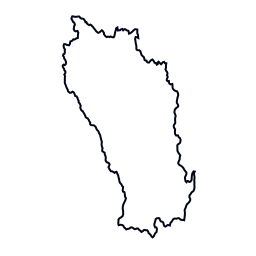 outline of Água Boa, Minas Gerais, Brazil, rotated 185°
{"feature_id": "56859067B18251134383574", "entity_name": "Água Boa", "entity_type": "district", "adm_level": 2, "iso_a3": "BRA", "parent_name": "Brazil", "parent_adm1": "Minas Gerais", "projection": "equal_earth", "projection_center": [-42.276, -18.014], "detail": "fine", "context": "isolated", "style": "outline", "palette": "ink", "viewbox_px": 256, "rotation_deg": 185, "n_neighbors": 0, "source": "geoboundaries", "source_scale": "gbopen_adm2", "svg_char_len": 5778}
<svg xmlns="http://www.w3.org/2000/svg" viewBox="0 0 256 256"><g transform="rotate(185 128 128)"><path d="M110.5,28.7L109.3,28.7L108.4,27.8L107.5,27.2L106.7,26.7L105.6,25.6L104.2,26.6L103.1,27.9L102.0,27.8L101.1,27.7L99.9,27.8L98.9,26.6L98.3,25.1L97.2,24.4L96.0,23.3L95.0,21.9L93.9,21.2L92.9,22.4L92.4,23.9L91.6,25.6L90.6,26.7L90.4,28.4L90.4,30.0L91.0,31.4L92.3,31.4L93.2,33.0L93.4,34.7L93.0,36.4L92.7,38.1L92.4,39.7L91.1,40.7L89.8,40.9L88.9,40.8L88.3,39.7L87.8,38.6L86.8,37.7L85.3,37.5L84.4,36.4L84.0,34.8L83.2,33.4L82.1,33.1L81.1,33.9L80.0,34.8L79.0,34.8L77.8,34.5L77.6,36.0L77.3,37.5L76.3,38.4L75.6,40.0L74.8,41.3L73.9,41.8L72.8,41.9L71.8,41.9L70.6,42.4L69.4,42.6L68.4,41.9L67.1,41.1L65.3,41.2L64.0,41.0L63.9,43.1L63.8,44.5L63.8,46.6L63.9,48.7L64.3,50.2L64.4,51.5L64.0,52.6L63.6,53.8L63.2,55.7L62.6,57.3L61.7,58.1L60.8,59.2L60.1,60.5L59.7,61.7L59.9,63.0L60.8,64.3L60.8,66.3L59.9,67.6L59.3,69.0L58.5,69.9L57.4,70.8L56.7,72.5L56.6,74.1L56.7,75.8L57.0,77.3L57.0,79.1L57.4,81.4L57.4,83.9L57.6,85.7L58.1,87.2L58.3,88.9L57.7,90.4L58.9,90.5L59.6,89.3L60.0,88.0L60.2,86.2L60.2,84.1L60.1,81.9L61.0,80.1L62.3,79.6L63.2,80.3L64.3,80.3L65.0,79.1L66.0,80.0L66.6,81.8L67.0,83.9L66.2,85.8L65.8,87.5L66.0,88.9L67.1,89.9L68.0,91.0L68.7,91.9L69.4,93.0L70.6,94.1L71.8,94.9L73.3,95.5L74.8,96.9L74.9,98.3L74.4,99.5L73.8,101.3L73.9,103.4L73.5,105.3L74.4,106.3L75.5,107.6L76.6,109.2L76.9,110.5L77.0,112.4L77.4,114.3L77.1,115.8L76.0,116.6L75.0,117.6L74.6,119.1L74.6,120.9L75.4,122.5L76.6,123.2L77.6,125.0L79.4,124.7L80.6,126.2L80.9,127.6L80.9,129.2L81.0,130.8L81.7,131.7L82.3,132.7L82.7,133.8L82.3,135.4L81.4,136.8L81.5,138.3L81.8,140.1L81.9,142.3L81.5,144.1L82.3,145.8L83.1,147.5L83.1,149.0L83.0,150.4L82.2,151.4L81.6,152.4L80.7,152.9L79.9,153.8L80.0,155.1L80.7,156.2L81.6,157.4L81.7,159.3L81.5,160.8L81.4,162.2L81.1,163.7L80.8,165.3L81.3,167.1L82.2,168.7L84.0,169.1L85.5,169.9L86.5,170.8L87.1,172.1L87.3,173.8L87.7,175.7L89.4,175.2L90.6,175.8L91.2,177.0L91.4,178.4L92.5,178.1L93.5,178.8L93.6,180.1L93.1,181.3L93.0,182.8L93.8,184.0L93.4,185.6L93.8,186.9L94.5,187.8L95.2,188.6L95.8,189.9L95.4,191.4L95.6,192.7L95.6,194.1L95.5,195.8L96.7,195.7L97.8,197.0L99.2,196.4L99.9,195.3L100.6,194.4L102.1,195.6L103.3,196.7L104.1,195.9L103.9,194.3L104.8,193.6L105.9,195.1L107.2,195.3L108.0,196.7L108.8,197.5L109.6,198.4L110.5,197.9L111.4,197.1L112.0,196.1L112.8,195.0L114.1,195.0L115.0,195.6L115.4,196.7L116.6,196.8L117.5,197.3L117.8,198.6L118.5,200.1L119.8,201.0L120.9,202.0L121.4,203.2L121.9,204.3L122.4,205.7L123.8,206.5L125.4,206.3L126.5,207.3L126.7,208.8L126.8,210.4L127.3,211.9L127.8,213.7L128.2,215.5L128.7,217.2L128.3,219.3L127.1,219.3L125.6,218.6L125.9,220.0L126.1,221.6L127.0,223.1L127.2,225.3L127.3,226.9L128.5,227.0L129.9,226.9L130.9,225.8L132.0,224.5L133.0,223.5L134.0,222.6L135.3,222.1L135.6,223.6L136.1,224.9L138.0,225.2L139.0,226.0L140.0,226.2L141.3,224.9L142.2,226.2L143.6,225.6L144.6,224.6L145.6,224.5L146.6,224.3L146.9,225.7L147.3,227.2L148.5,226.3L148.6,224.8L148.9,223.6L149.2,221.8L149.4,220.0L149.6,218.4L150.1,217.2L151.1,217.0L152.3,217.3L153.3,217.7L154.2,217.0L155.1,217.2L156.2,217.2L157.1,216.7L158.1,217.2L159.0,218.1L160.0,219.2L160.3,220.8L161.1,221.6L161.7,222.5L162.6,223.1L163.7,221.9L164.8,220.8L166.0,220.2L167.2,220.9L168.5,222.0L169.6,223.4L170.7,224.4L171.7,225.7L172.6,226.2L173.5,227.3L174.6,227.7L175.5,227.1L176.4,227.5L177.8,228.3L178.6,229.8L179.6,229.6L180.0,230.8L181.0,231.9L181.9,232.9L182.9,233.0L183.9,232.9L185.2,233.6L186.2,234.8L187.5,234.7L189.1,234.3L190.5,234.1L192.0,234.4L193.2,234.4L193.7,233.0L193.9,231.7L192.8,230.5L192.1,229.0L190.8,228.3L189.9,226.4L190.5,224.8L190.6,223.4L190.7,221.8L189.7,220.2L188.6,219.7L187.7,220.0L186.8,220.3L185.8,218.5L186.0,216.4L185.9,214.7L185.9,213.2L187.0,213.0L187.8,212.3L189.0,211.5L190.2,211.6L190.8,210.5L191.8,209.6L192.9,209.3L193.2,207.7L193.3,206.3L194.0,205.2L195.5,205.4L196.5,205.6L197.7,206.1L199.0,205.9L199.4,204.2L198.7,202.1L197.7,200.8L197.7,199.4L197.5,197.6L197.8,196.3L198.9,195.7L199.0,194.3L198.1,193.3L197.4,191.3L196.5,190.4L195.8,189.1L195.4,187.7L195.7,186.0L196.5,185.1L197.6,185.5L198.5,184.6L198.2,183.0L197.3,182.0L196.7,180.9L196.3,179.7L195.4,179.1L195.2,177.3L196.1,175.6L195.3,174.4L195.3,172.7L195.2,171.1L195.0,169.7L195.0,168.0L194.4,166.3L193.6,164.9L193.0,163.5L192.2,162.0L191.3,160.8L191.0,159.5L190.2,158.8L189.0,158.0L187.8,158.2L186.4,159.4L185.0,158.6L183.9,156.5L183.2,155.2L182.1,155.1L181.0,153.8L180.3,151.8L179.5,150.7L179.4,149.2L178.0,147.9L177.0,145.8L177.4,144.4L176.7,142.6L175.6,141.2L174.5,140.8L173.9,139.7L172.9,138.5L171.8,136.8L171.1,135.1L170.1,134.5L168.8,133.9L167.6,132.4L166.9,130.9L166.1,130.2L166.1,128.5L165.0,127.7L163.7,127.6L162.3,127.7L161.2,127.0L160.3,126.3L159.6,124.8L158.6,123.3L157.5,122.5L156.9,121.5L156.3,120.2L155.2,118.7L154.7,117.0L154.2,115.6L153.8,114.3L153.4,113.2L152.8,111.9L152.9,110.5L152.8,108.7L152.3,107.1L151.6,105.9L151.8,104.2L151.6,102.7L150.6,102.1L149.1,101.3L148.8,99.5L148.1,98.3L147.5,96.7L147.6,95.0L147.4,93.5L146.6,92.4L145.6,91.8L144.3,91.6L143.2,90.3L143.5,88.7L144.0,87.2L143.2,85.9L142.2,84.6L141.3,83.4L140.0,83.5L138.6,82.8L137.4,82.1L136.7,83.0L135.6,83.3L134.9,82.2L134.4,81.0L133.7,79.9L133.2,78.3L132.6,76.7L132.1,74.9L131.6,73.2L130.6,72.1L129.6,71.2L128.9,69.8L127.7,68.8L127.8,67.2L127.9,65.6L127.4,64.2L126.1,63.9L125.6,62.8L125.3,61.0L124.9,59.2L123.9,57.8L124.3,56.1L124.8,54.5L125.4,53.1L125.8,52.0L126.1,50.7L126.3,49.1L126.3,47.4L126.0,46.2L125.6,44.8L125.4,42.9L125.3,41.3L125.8,39.6L127.1,38.4L128.5,37.4L129.5,36.1L129.4,34.3L129.4,32.9L129.3,31.6L128.8,30.4L127.2,30.9L125.3,30.9L124.1,30.2L123.2,28.7L122.0,27.8L120.9,26.8L120.0,27.3L118.8,27.6L117.7,28.1L116.8,29.1L115.3,29.3L113.9,28.6L112.6,27.8L111.5,28.1L110.5,28.7Z" fill="none" stroke="#020617" stroke-width="2"/></g></svg>